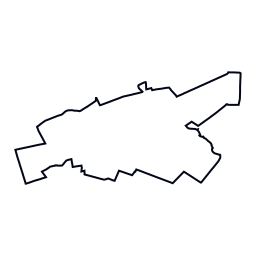 outline of Dascalu, Ilfov, Romania
{"feature_id": "2599482B8642066651605", "entity_name": "Dascalu", "entity_type": "district", "adm_level": 2, "iso_a3": "ROU", "parent_name": "Romania", "parent_adm1": "Ilfov", "projection": "natural_earth1", "projection_center": [26.247, 44.602], "detail": "fine", "context": "isolated", "style": "outline", "palette": "ink", "viewbox_px": 256, "rotation_deg": 0, "n_neighbors": 0, "source": "geoboundaries", "source_scale": "gbopen_adm2", "svg_char_len": 5483}
<svg xmlns="http://www.w3.org/2000/svg" viewBox="0 0 256 256"><path d="M228.3,72.3L228.0,73.0L227.7,73.4L227.3,73.7L226.9,74.0L226.6,74.2L226.3,74.3L226.0,74.5L225.4,74.7L224.9,75.0L224.5,75.2L223.9,75.4L223.2,75.7L222.6,76.0L221.7,76.4L221.4,76.6L220.9,76.8L220.3,77.0L219.2,77.5L218.5,77.9L217.6,78.2L216.8,78.6L216.2,78.9L215.8,79.1L215.1,79.4L214.3,79.7L213.7,80.0L213.2,80.2L212.7,80.5L211.9,80.8L211.5,81.0L211.2,81.1L210.5,81.4L210.1,81.6L209.8,81.8L209.4,82.0L208.9,82.2L208.4,82.4L207.5,82.8L207.1,83.0L206.7,83.1L206.3,83.4L205.2,83.8L204.9,84.0L204.4,84.2L203.8,84.5L203.1,84.8L202.5,85.1L202.1,85.2L201.5,85.5L200.1,86.1L198.3,87.0L197.4,87.4L195.9,88.0L194.9,88.5L193.8,89.0L192.1,89.7L190.6,90.4L189.7,90.8L188.3,91.4L186.5,92.3L184.7,93.0L183.5,93.6L182.1,94.3L179.5,95.4L178.1,96.0L177.4,96.3L176.7,96.7L176.0,95.6L175.9,95.3L175.7,95.1L175.1,94.5L174.6,94.0L173.6,92.9L173.4,92.7L172.6,91.8L172.3,91.5L171.8,91.0L171.5,90.7L170.9,90.0L170.8,89.7L170.7,89.4L170.4,89.2L170.2,89.0L169.1,87.6L168.7,87.6L168.1,87.7L167.8,87.7L167.2,87.8L166.9,87.8L166.0,87.9L164.7,88.1L163.1,88.4L162.2,88.6L159.8,88.9L158.2,89.1L156.6,89.3L155.1,89.6L153.5,89.9L152.2,90.2L151.3,88.1L146.3,89.4L146.2,88.6L146.1,87.1L146.1,85.9L145.9,83.3L145.8,82.5L145.6,82.1L144.9,82.3L143.9,82.6L142.7,83.1L141.8,83.5L140.8,84.1L139.7,84.6L139.0,84.9L138.6,85.2L138.4,85.4L138.3,85.6L138.3,86.1L138.4,86.8L138.6,87.4L138.9,88.3L139.3,88.7L140.6,89.9L141.1,90.2L141.8,91.0L142.4,91.6L142.5,91.7L142.3,92.0L141.7,92.2L139.8,92.7L138.3,93.1L134.2,94.0L132.0,94.6L123.6,96.5L123.1,96.6L119.9,97.9L116.2,99.3L115.0,99.7L114.3,100.0L113.4,100.3L112.9,100.5L111.9,100.9L107.1,102.7L106.3,103.0L101.5,104.8L100.6,105.1L99.9,105.2L96.5,98.2L96.4,98.0L96.0,98.0L95.9,99.0L95.9,100.4L95.8,100.8L94.3,101.9L89.7,105.0L88.1,106.1L87.4,106.6L87.0,106.9L86.9,106.8L85.0,108.0L83.7,108.8L82.1,109.8L81.2,110.5L80.3,110.9L79.4,111.2L78.8,111.0L78.4,110.9L77.2,110.8L75.8,110.7L74.4,110.7L73.8,110.6L72.8,110.3L71.9,110.2L69.0,110.3L68.8,110.3L68.3,110.4L67.4,110.5L66.4,110.9L65.6,111.3L65.0,111.8L62.3,114.2L61.9,114.5L57.3,116.0L45.1,120.8L40.9,123.8L39.0,125.4L38.5,125.8L38.2,125.9L37.7,126.3L37.2,126.6L37.0,126.9L37.7,128.4L38.1,129.6L38.4,130.6L38.6,131.0L45.3,143.5L41.4,144.3L40.0,144.5L35.3,145.5L30.8,146.5L18.5,149.1L15.4,149.8L15.5,150.2L15.8,151.3L16.2,152.8L16.5,153.9L16.8,154.8L17.1,155.8L17.1,156.0L17.2,156.4L17.5,157.4L18.0,159.0L19.3,162.9L19.7,164.4L20.0,165.3L20.4,166.6L20.7,167.5L21.2,168.9L21.3,169.2L21.3,169.5L22.1,172.0L22.4,172.8L22.8,174.2L23.0,174.8L23.1,175.2L24.3,179.1L24.4,179.4L24.8,180.7L25.3,182.1L25.3,182.3L25.4,182.6L25.6,183.1L25.7,183.7L25.8,183.7L27.9,183.1L30.8,182.1L32.9,181.3L36.9,180.0L37.0,180.1L46.0,177.2L44.7,175.4L43.8,174.2L42.6,172.6L41.9,171.7L42.1,171.5L42.4,171.3L42.9,171.1L43.5,170.8L44.7,170.2L45.4,169.8L46.5,169.3L47.6,168.5L48.2,168.1L49.6,167.1L50.0,166.7L50.5,166.6L51.0,166.5L51.6,166.3L51.8,166.3L52.8,166.1L53.5,165.9L54.2,165.7L54.3,165.8L54.9,165.7L55.5,165.5L55.8,165.5L55.8,165.4L56.4,165.4L57.1,165.4L57.4,165.4L57.7,165.5L58.2,165.7L58.9,165.7L59.1,165.7L59.3,165.7L59.9,165.6L61.4,165.6L62.1,165.5L62.3,165.3L63.3,164.2L64.4,162.8L65.7,161.2L66.3,160.6L67.5,160.1L71.4,159.1L72.1,163.4L72.2,163.5L72.7,167.0L75.5,166.5L76.8,166.3L77.6,166.2L78.1,166.1L79.0,166.0L79.9,165.8L80.4,165.8L81.4,165.6L81.8,167.2L81.8,168.0L81.4,171.5L81.9,171.4L82.4,171.2L83.2,171.1L84.2,170.9L84.4,170.8L84.6,173.8L84.5,174.4L84.7,174.5L92.9,176.7L94.1,177.0L95.9,177.5L100.2,178.7L103.8,179.6L104.2,179.6L104.8,179.5L105.4,179.4L106.5,179.1L107.1,178.9L107.6,178.6L107.8,178.6L108.1,178.5L108.3,178.5L109.1,178.8L110.3,179.3L111.6,179.8L112.2,180.0L112.5,180.2L112.9,180.3L113.8,180.6L114.6,180.8L117.3,174.7L118.7,171.4L119.0,170.7L132.1,175.2L133.1,173.9L134.9,171.4L135.4,171.6L136.3,169.5L136.5,169.6L138.4,170.2L139.4,170.6L156.5,177.1L162.9,179.5L172.7,183.2L183.9,171.7L184.2,171.9L188.3,174.5L194.3,178.4L200.6,182.5L200.9,182.6L201.2,182.1L201.6,182.0L207.0,175.3L211.8,169.3L213.1,167.8L218.2,161.5L219.7,158.9L219.8,158.6L220.1,158.1L220.3,157.4L220.3,157.1L220.3,156.4L220.3,156.0L220.3,155.6L220.2,155.1L220.1,154.8L219.9,154.6L219.0,154.7L217.6,154.2L215.6,153.6L215.4,153.6L214.9,153.4L214.7,153.3L213.3,152.3L213.1,152.1L212.5,151.3L212.2,150.8L212.0,149.7L212.1,148.7L212.4,148.1L212.8,147.9L212.2,147.0L211.7,145.9L211.6,145.4L211.4,144.7L211.5,144.6L211.1,143.7L210.7,143.1L209.2,141.8L207.9,140.8L207.2,140.2L206.7,139.6L205.6,138.6L204.9,138.4L204.2,138.1L204.2,137.9L203.4,137.2L203.5,136.8L204.1,136.3L203.1,136.7L202.8,136.9L202.5,136.9L201.7,136.7L200.0,136.1L199.7,135.8L199.4,135.4L200.2,134.8L199.8,133.9L199.6,133.7L199.3,132.6L197.7,130.2L197.9,129.3L197.6,129.4L197.5,129.7L197.1,130.0L195.5,129.0L192.2,128.8L190.6,128.7L188.9,128.5L187.7,127.9L185.8,125.7L186.3,125.4L186.7,125.1L187.5,124.5L187.6,124.4L188.4,123.9L188.6,123.8L189.0,123.5L189.9,122.9L190.5,122.5L191.5,121.8L191.7,121.7L192.6,122.3L197.1,125.2L198.1,125.9L208.9,118.2L213.9,114.5L216.4,112.6L218.5,110.9L224.4,106.2L225.6,105.2L226.3,104.4L226.6,104.3L226.6,104.5L226.8,104.6L228.6,104.8L229.4,104.8L229.8,104.9L238.6,104.9L239.9,98.8L239.9,97.2L240.1,91.6L240.1,90.6L240.1,88.2L240.1,87.8L240.1,86.6L240.3,80.5L240.4,78.8L240.5,77.0L240.5,75.7L240.6,73.5L240.6,73.3L240.5,73.1L240.3,73.0L240.0,72.8L239.8,72.8L239.5,72.7L238.5,72.6L237.2,72.6L236.2,72.5L235.7,72.5L233.8,72.4L230.1,72.4L228.3,72.3Z" fill="none" stroke="#020617" stroke-width="2"/></svg>